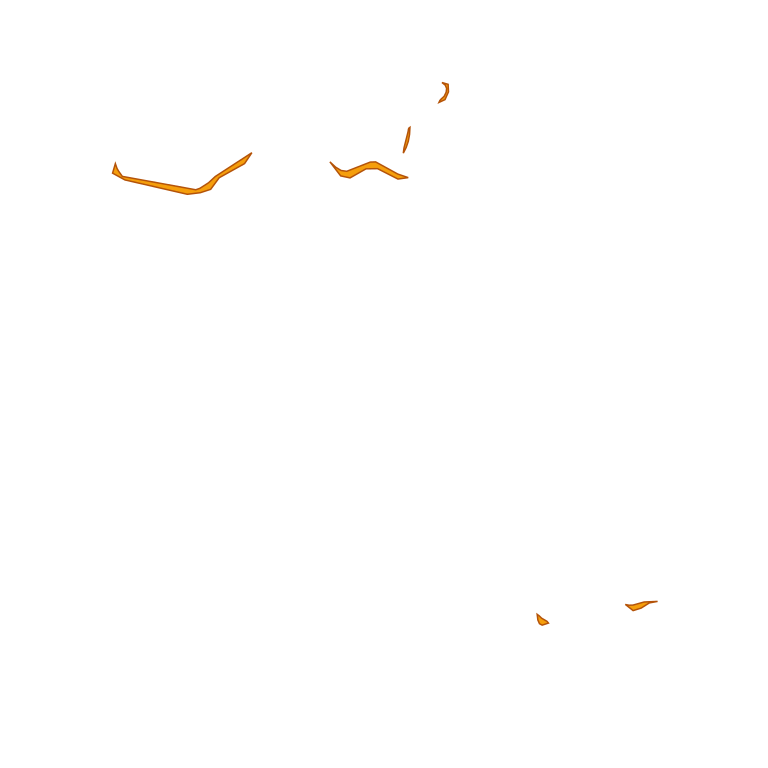 map outline of Ratak Chain (Equal Earth projection), rotated 342°
{"feature_id": "MHL-4969", "entity_name": "Ratak Chain", "entity_type": "state/province", "adm_level": 1, "iso_a3": "MHL", "parent_name": "Marshall Islands", "parent_adm1": "", "projection": "equal_earth", "projection_center": [171.288, 10.331], "detail": "fine", "context": "isolated", "style": "filled", "palette": "amber", "viewbox_px": 768, "rotation_deg": 342, "n_neighbors": 0, "source": "natural_earth", "source_scale": "10m", "svg_char_len": 1060}
<svg xmlns="http://www.w3.org/2000/svg" viewBox="0 0 768 768"><g transform="rotate(342 384 384)"><path d="M329.8,123.2L319.5,131.3L291.0,136.9L279.3,145.3L268.4,145.3L255.6,142.8L200.7,109.9L191.0,99.6L196.6,91.4L196.7,96.5L197.4,99.7L199.3,105.7L265.0,141.1L269.3,141.0L279.3,138.4L287.7,134.5L329.8,123.2ZM470.8,195.2L460.6,193.4L444.4,177.2L433.4,173.8L415.4,177.5L407.1,172.7L401.2,156.0L405.0,162.8L409.2,167.7L414.3,170.2L439.5,168.7L444.7,170.2L462.0,188.6L470.8,195.2ZM577.0,675.3L568.7,674.2L559.3,676.6L550.9,676.5L545.4,668.2L546.3,668.8L548.7,670.1L552.4,671.2L564.0,671.7L577.0,675.3ZM458.5,650.4L460.0,652.5L461.5,655.4L465.7,660.1L466.5,662.2L463.9,662.2L459.9,662.2L457.8,660.0L457.4,656.0L458.5,650.4ZM484.6,151.9L485.4,150.5L486.0,149.2L486.8,148.3L488.0,147.9L485.4,154.6L482.1,160.7L478.2,165.9L473.7,170.4L476.0,165.6L484.6,151.9ZM530.1,129.0L533.3,125.7L534.9,122.2L534.6,118.7L532.3,115.2L537.6,118.8L535.6,126.1L529.9,132.4L523.3,133.2L524.8,131.6L526.5,130.6L530.1,129.0Z" fill="#f59e0b" stroke="#b45309" stroke-width="1.5"/></g></svg>